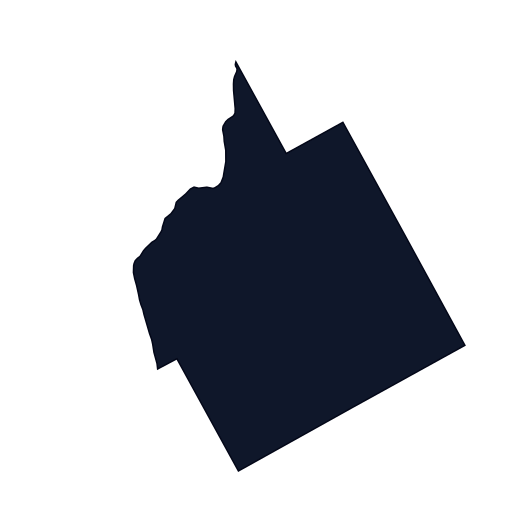 the district of Dubuque, Iowa, United States of America, rotated 241°
{"feature_id": "52423323B18401720745990", "entity_name": "Dubuque", "entity_type": "district", "adm_level": 2, "iso_a3": "USA", "parent_name": "United States of America", "parent_adm1": "Iowa", "projection": "orthographic", "projection_center": [-90.684, 42.485], "detail": "fine", "context": "isolated", "style": "filled", "palette": "ink", "viewbox_px": 512, "rotation_deg": 241, "n_neighbors": 0, "source": "geoboundaries", "source_scale": "gbopen_adm2", "svg_char_len": 1091}
<svg xmlns="http://www.w3.org/2000/svg" viewBox="0 0 512 512"><g transform="rotate(241 256 256)"><path d="M203.6,396.3L330.8,396.8L331.0,332.1L435.5,332.5L435.3,332.3L433.6,330.8L432.0,330.2L429.6,330.3L428.2,329.8L426.5,328.4L423.5,324.4L421.1,322.1L417.4,319.7L411.6,316.6L394.9,309.2L391.1,306.9L389.7,304.6L389.4,303.4L389.0,297.8L388.1,294.6L385.5,290.2L384.0,289.0L382.5,288.0L376.3,286.0L371.7,283.8L363.1,280.8L353.2,275.4L344.2,268.2L341.0,265.7L337.0,260.9L335.8,257.1L335.6,252.9L336.0,251.1L340.0,246.4L343.1,238.7L346.3,235.2L346.4,231.1L344.3,224.5L342.5,215.1L341.6,212.3L336.9,208.0L334.2,202.1L332.9,194.7L326.8,188.3L324.4,186.4L323.2,184.7L319.9,178.7L319.0,177.1L318.6,175.0L318.5,171.6L316.3,163.3L315.2,160.3L311.9,154.4L311.5,151.4L310.5,148.2L308.5,145.7L306.9,144.3L301.0,140.8L295.0,138.9L288.2,137.3L279.1,134.6L274.1,132.9L269.1,131.8L264.0,131.1L259.2,129.7L239.8,125.3L233.7,124.3L229.0,122.9L221.1,120.0L210.0,117.3L204.9,115.2L204.5,137.0L76.5,136.4L76.8,265.6L76.7,331.1L76.6,395.4L203.6,396.3Z" fill="#0f172a" stroke="#020617" stroke-width="1.5"/></g></svg>